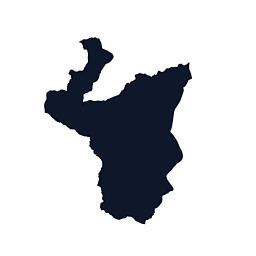 the district of Giron, Azuay, Ecuador, rotated 75°
{"feature_id": "8360857B7998826994941", "entity_name": "Giron", "entity_type": "district", "adm_level": 2, "iso_a3": "ECU", "parent_name": "Ecuador", "parent_adm1": "Azuay", "projection": "albers", "projection_center": [-79.183, -3.175], "detail": "fine", "context": "isolated", "style": "filled", "palette": "ink", "viewbox_px": 256, "rotation_deg": 75, "n_neighbors": 0, "source": "geoboundaries", "source_scale": "gbopen_adm2", "svg_char_len": 5827}
<svg xmlns="http://www.w3.org/2000/svg" viewBox="0 0 256 256"><g transform="rotate(75 128 128)"><path d="M80.8,52.4L82.1,53.6L82.2,54.4L82.8,55.0L82.6,55.9L82.9,56.8L82.6,58.2L81.9,59.2L80.5,59.9L80.1,61.8L80.3,62.4L81.7,63.4L82.7,64.9L82.1,65.9L81.5,69.6L80.9,70.2L81.7,73.5L81.6,74.0L81.3,74.4L81.2,75.3L81.8,76.3L82.6,77.4L83.1,77.7L83.5,80.4L83.2,81.7L81.6,83.1L81.5,83.8L82.8,84.7L82.9,85.1L83.6,85.3L84.6,86.5L84.6,88.0L84.0,88.7L84.6,89.0L84.4,89.7L84.7,90.7L85.5,91.5L85.3,92.3L84.5,93.6L83.7,94.2L83.5,94.7L83.1,94.9L82.7,96.1L80.8,97.4L80.5,97.8L80.7,99.5L80.1,100.1L80.0,100.5L79.6,100.8L79.6,102.0L78.6,102.4L79.1,105.1L79.0,106.7L79.6,107.3L82.6,107.0L83.5,107.9L84.6,111.4L84.6,112.9L85.3,113.9L86.0,113.9L86.4,114.4L86.3,115.2L85.1,116.4L85.2,117.5L85.7,117.8L86.4,119.3L87.6,119.8L88.1,120.3L90.1,121.4L90.3,122.1L90.9,123.0L90.9,124.1L91.5,124.4L92.0,125.4L92.7,125.7L93.5,127.0L94.6,127.5L94.2,128.7L94.5,129.5L94.5,130.8L94.8,131.3L94.6,132.5L95.2,136.0L95.1,136.5L95.6,137.6L95.4,138.9L95.6,140.1L96.4,141.8L96.6,143.3L96.3,144.1L95.7,144.5L95.7,147.1L95.2,148.0L94.6,149.9L94.3,150.2L94.5,152.1L94.1,152.8L94.3,153.6L93.4,155.2L92.8,155.8L91.9,157.4L91.8,159.2L92.3,161.1L91.9,163.5L93.0,165.1L92.2,164.9L90.7,165.3L89.0,164.8L87.4,163.7L83.7,163.1L83.4,162.2L83.4,161.5L82.6,160.0L82.7,157.9L82.0,156.4L82.1,155.3L81.9,155.0L82.1,154.3L81.8,153.5L81.2,153.4L80.7,152.9L79.3,152.6L78.6,152.2L77.2,151.8L76.6,151.2L75.7,151.1L75.0,150.6L74.5,149.4L74.4,148.0L74.1,147.6L74.1,146.8L73.5,145.4L71.9,143.9L69.5,142.5L68.3,142.2L67.1,140.5L65.5,140.1L65.2,139.4L63.8,137.7L59.9,133.4L59.6,132.4L59.5,130.3L58.8,128.3L58.0,127.0L55.6,124.2L55.0,124.1L52.7,124.5L48.5,128.4L46.1,131.5L44.4,133.2L42.2,132.7L39.0,132.6L34.5,133.3L34.6,134.8L33.3,135.7L32.5,136.5L32.9,137.6L32.4,139.0L31.8,140.0L32.0,141.0L31.8,142.0L32.3,143.5L32.4,145.7L31.8,147.0L31.6,148.3L32.2,149.1L32.2,150.7L32.5,151.7L33.9,149.8L34.5,149.9L37.5,149.5L38.7,150.0L40.2,149.5L41.0,147.2L41.4,146.6L41.8,146.5L46.1,146.7L48.5,147.4L49.7,147.9L54.2,148.8L56.5,151.6L57.9,152.7L58.8,154.0L59.7,154.7L60.8,155.1L61.7,158.0L60.7,160.0L60.8,161.2L61.2,161.7L61.0,163.2L60.3,164.5L60.0,165.4L58.9,166.0L57.7,167.3L57.6,168.0L57.8,168.6L60.2,170.6L61.2,169.8L62.3,168.4L62.9,168.4L63.4,168.9L64.6,169.2L65.1,168.6L65.6,168.5L66.4,169.7L66.9,171.2L67.9,172.0L69.6,172.5L69.9,173.6L70.7,174.6L72.1,175.1L72.8,175.7L73.6,175.5L74.3,176.0L76.0,176.3L76.7,176.8L77.2,177.8L75.2,180.3L75.1,181.8L74.6,181.7L74.3,182.9L74.3,183.3L75.0,184.4L74.8,185.6L75.5,186.6L75.3,187.1L74.8,187.2L74.4,188.4L73.8,188.6L73.1,189.8L73.1,191.6L72.3,193.4L72.9,195.6L73.7,197.1L74.9,197.6L79.0,198.4L81.1,199.9L81.5,200.7L83.7,202.1L85.5,202.7L89.2,203.0L91.3,203.6L92.0,201.9L93.8,200.0L94.7,199.7L95.9,198.7L96.7,198.8L97.2,198.1L98.2,197.8L99.3,196.7L99.9,196.7L100.6,196.1L101.0,195.3L101.6,195.6L102.4,194.5L102.9,194.5L102.9,194.1L103.2,194.0L103.2,193.8L103.4,193.6L103.4,192.9L104.0,192.9L104.3,192.7L104.2,191.8L104.3,191.5L106.1,189.9L107.2,189.5L108.2,188.2L108.4,187.4L109.3,186.3L109.8,186.3L111.2,185.6L111.8,184.7L112.4,184.5L113.1,183.8L113.6,183.7L115.1,179.2L117.7,178.2L119.3,177.2L120.9,176.5L122.6,173.9L123.3,173.4L123.6,172.3L124.3,171.7L124.5,170.0L125.7,168.8L125.8,168.3L125.4,167.7L126.0,167.4L126.2,166.6L127.2,166.2L127.8,166.1L127.8,166.6L128.8,167.0L129.4,167.0L129.7,166.7L130.6,166.5L131.0,166.9L131.3,168.0L131.9,168.1L132.6,167.8L133.4,168.4L135.1,168.8L135.4,169.4L136.6,168.4L137.5,168.0L137.7,168.3L138.1,168.0L138.6,168.1L140.3,166.1L142.4,166.9L143.7,166.7L144.4,166.2L144.4,165.0L144.9,164.2L145.4,164.6L145.8,164.7L146.1,165.0L146.5,164.4L146.7,164.5L147.5,163.6L148.8,162.8L149.4,162.7L149.9,162.3L149.9,161.9L150.3,162.1L151.0,161.4L152.3,161.4L152.7,161.0L153.4,161.1L153.9,160.7L155.1,161.3L155.3,161.3L155.7,161.0L156.3,161.5L156.9,161.2L157.4,161.8L158.1,161.4L159.0,162.4L159.7,162.8L160.3,163.9L160.9,163.8L161.4,164.3L161.8,164.4L162.1,164.8L162.9,165.6L163.8,165.6L163.7,166.5L163.9,166.6L164.5,166.3L164.4,166.9L164.8,167.6L165.1,167.2L165.5,167.3L165.8,167.7L166.9,168.1L167.3,168.5L167.7,168.3L168.6,168.4L169.3,168.0L169.7,168.0L170.1,168.6L171.4,169.0L172.6,170.1L173.3,170.2L174.0,170.7L175.0,171.1L175.3,171.8L176.1,171.0L176.0,170.6L176.8,170.1L177.0,169.4L178.1,169.1L179.1,169.1L179.7,168.7L180.3,168.7L180.8,169.2L181.5,169.3L181.7,169.2L181.7,168.7L182.0,168.6L183.5,169.8L184.0,169.5L184.7,169.6L184.9,169.3L186.9,169.1L188.3,170.0L190.1,170.7L190.9,170.4L191.6,169.7L192.3,169.7L193.6,170.6L193.9,172.9L194.2,173.4L195.2,174.0L196.2,174.2L197.1,174.7L197.7,174.8L200.0,174.3L200.2,172.5L200.4,172.0L201.0,171.7L203.4,171.0L203.9,170.3L203.9,169.1L204.2,168.6L205.4,167.8L206.4,167.5L207.9,165.7L210.8,164.3L212.4,162.5L213.7,160.2L213.3,155.8L213.7,154.1L212.2,151.5L213.2,149.8L213.8,147.7L214.3,147.0L216.2,145.5L219.2,144.1L222.9,139.6L223.8,138.3L224.4,136.7L222.0,135.9L221.0,134.6L220.8,133.8L221.2,132.7L220.4,131.3L220.5,129.1L218.6,128.0L218.0,126.2L216.4,125.8L216.1,125.2L216.2,124.7L215.0,124.5L214.1,124.1L213.3,124.1L211.6,123.2L212.1,122.2L212.0,121.3L211.6,120.1L210.3,118.0L208.0,115.0L206.0,114.1L201.8,113.1L201.3,109.7L200.7,107.6L200.6,106.1L200.2,106.1L199.4,105.4L199.6,104.0L199.3,103.6L199.4,102.8L199.2,102.1L199.5,101.4L199.3,100.9L198.5,100.6L197.3,100.6L191.1,103.1L187.8,104.1L185.0,104.3L183.1,103.6L180.5,99.8L179.4,97.1L178.0,95.7L176.6,93.8L175.8,92.2L174.3,90.3L173.8,87.9L172.7,85.5L171.3,84.0L170.4,83.4L168.1,82.7L164.5,82.7L161.2,83.6L155.1,84.3L152.4,84.9L146.5,86.9L142.7,89.0L142.2,88.9L139.6,86.9L136.4,85.2L123.3,79.6L121.0,77.8L118.4,74.7L114.7,70.9L106.9,65.6L105.6,65.0L103.8,65.0L102.5,64.7L102.1,62.9L101.7,62.1L99.2,59.5L96.7,57.6L96.5,55.5L96.1,54.0L92.3,53.8L86.0,54.3L83.4,53.5L80.8,52.4Z" fill="#0f172a" stroke="#020617" stroke-width="1.5"/></g></svg>